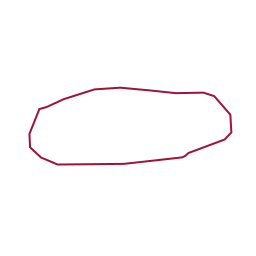 outline of Namoluk, Federated States of Micronesia, rotated 317°
{"feature_id": "79324940B63325039400057", "entity_name": "Namoluk", "entity_type": "district", "adm_level": 2, "iso_a3": "FSM", "parent_name": "Federated States of Micronesia", "parent_adm1": "", "projection": "robinson", "projection_center": [153.117, 5.923], "detail": "fine", "context": "isolated", "style": "outline", "palette": "rose", "viewbox_px": 256, "rotation_deg": 317, "n_neighbors": 0, "source": "geoboundaries", "source_scale": "gbopen_adm2", "svg_char_len": 404}
<svg xmlns="http://www.w3.org/2000/svg" viewBox="0 0 256 256"><g transform="rotate(317 128 128)"><path d="M151.2,187.5L155.2,187.5L190.8,202.3L200.6,201.7L211.9,188.1L212.8,163.5L207.3,153.6L186.7,135.1L169.6,115.4L149.8,93.2L129.8,76.9L100.5,63.0L82.6,57.1L76.1,53.7L51.9,65.1L43.2,75.3L44.3,90.4L51.6,106.7L100.5,151.4L147.7,186.5L151.2,187.5Z" fill="none" stroke="#9f1239" stroke-width="2"/></g></svg>